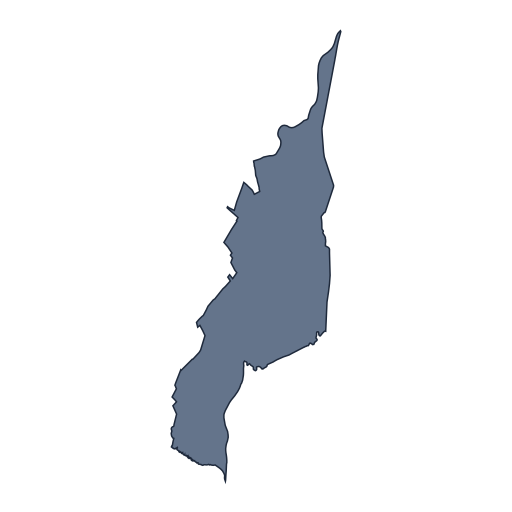 Barito Kuala, Kalimantan Selatan, Indonesia
{"feature_id": "22746128B88870484763637", "entity_name": "Barito Kuala", "entity_type": "district", "adm_level": 2, "iso_a3": "IDN", "parent_name": "Indonesia", "parent_adm1": "Kalimantan Selatan", "projection": "equal_earth", "projection_center": [114.538, -3.03], "detail": "fine", "context": "isolated", "style": "filled", "palette": "slate", "viewbox_px": 512, "rotation_deg": 0, "n_neighbors": 0, "source": "geoboundaries", "source_scale": "gbopen_adm2", "svg_char_len": 5971}
<svg xmlns="http://www.w3.org/2000/svg" viewBox="0 0 512 512"><path d="M225.3,410.6L229.5,402.6L231.2,400.1L234.7,395.8L237.6,391.6L239.4,388.3L240.3,386.0L240.8,384.2L241.4,383.5L241.7,382.8L242.6,380.2L243.4,375.2L243.5,373.2L243.5,368.3L243.8,365.7L243.6,364.0L243.6,362.8L243.7,362.3L244.5,361.1L245.5,361.7L246.4,361.9L246.8,362.3L247.0,363.0L246.9,364.5L247.1,365.0L247.3,365.3L247.6,365.3L247.9,365.1L249.0,363.9L249.4,363.7L249.8,364.0L250.7,365.1L252.9,366.6L253.1,366.8L253.3,367.3L253.4,369.2L253.6,369.6L255.1,370.6L255.4,370.7L255.7,370.6L256.4,370.0L256.6,369.5L256.7,369.1L256.6,368.0L256.5,367.4L256.6,367.0L257.0,366.8L258.2,366.5L259.0,366.5L259.6,366.7L260.5,367.2L261.1,367.9L261.7,368.8L262.3,368.9L262.5,368.7L262.9,369.0L264.5,367.8L266.1,367.0L266.8,366.3L267.3,364.8L267.7,364.4L273.5,361.8L274.0,361.4L277.0,359.7L283.6,356.8L289.0,355.0L292.1,353.3L304.1,347.1L304.4,347.1L305.1,346.6L305.5,346.5L306.2,346.3L306.7,345.9L307.1,345.8L308.4,345.6L309.5,343.5L309.8,343.2L310.1,343.1L310.7,343.2L310.7,343.4L311.9,343.9L312.2,344.4L312.5,344.6L313.8,344.4L314.1,343.7L314.6,342.4L316.9,340.5L317.0,340.2L317.1,339.5L317.0,339.3L316.0,338.0L316.0,337.8L316.1,337.1L316.6,335.1L316.6,333.0L316.8,332.1L317.5,331.8L318.3,331.9L318.6,332.5L318.9,334.9L319.4,335.6L319.6,335.6L319.7,335.8L320.0,335.9L320.3,335.9L320.5,335.7L322.4,333.3L324.2,331.5L324.9,331.1L325.7,331.3L327.0,302.0L328.5,291.9L329.5,283.6L330.1,275.4L329.5,253.0L329.5,249.2L329.1,248.3L328.4,247.5L325.4,245.8L325.5,242.5L325.7,242.1L325.6,239.6L325.4,239.2L325.4,238.1L325.3,237.3L324.6,235.9L323.4,234.0L322.8,232.7L322.9,232.1L323.3,231.5L323.3,231.2L323.2,230.8L322.1,229.2L321.9,228.5L321.8,223.0L321.6,220.1L321.4,218.9L321.2,217.4L321.3,216.4L321.4,216.1L324.1,212.7L324.9,212.5L325.4,211.6L333.5,187.0L333.6,185.3L324.3,157.0L323.6,152.2L322.1,133.0L321.9,128.3L334.8,60.1L335.1,58.2L335.5,56.2L336.8,48.6L337.5,44.8L338.3,41.1L340.8,31.6L340.4,30.7L338.8,32.3L337.9,33.4L337.4,34.3L336.5,36.3L334.3,43.7L333.0,46.6L332.3,47.7L330.8,49.5L328.0,52.2L323.4,55.5L322.6,56.3L321.2,58.1L320.8,59.0L320.0,60.6L319.0,63.4L318.5,65.6L317.8,74.7L317.8,78.6L318.4,87.4L318.4,88.9L318.2,91.9L317.4,97.3L316.7,100.5L316.1,101.9L315.3,103.3L314.6,104.4L312.7,106.2L311.7,107.4L311.0,108.5L310.5,109.6L308.7,115.2L308.1,118.5L307.1,119.5L306.4,119.8L304.0,120.6L301.6,122.7L299.1,124.5L294.9,126.9L293.3,127.5L291.5,127.7L289.8,127.4L288.9,127.0L286.9,125.8L286.1,125.6L284.4,125.3L282.9,125.5L281.8,126.0L280.8,126.8L279.6,128.3L278.8,129.7L278.4,131.0L277.9,133.1L277.9,134.2L278.0,135.1L278.3,136.2L280.3,139.6L280.6,140.3L280.8,141.3L280.9,142.4L280.8,144.0L280.5,145.9L279.7,147.9L278.7,149.6L276.5,153.3L275.9,154.1L275.1,154.7L273.3,155.5L271.8,155.7L269.5,155.8L263.5,157.1L260.4,158.8L258.7,159.4L253.6,161.0L253.7,162.2L254.1,163.5L254.1,164.1L254.3,166.2L254.6,166.9L255.3,170.4L255.7,175.3L256.1,176.5L256.8,178.1L257.1,179.3L257.6,182.0L258.3,184.4L259.1,187.4L259.2,189.2L259.6,190.8L259.7,191.5L254.3,194.3L253.5,192.5L252.1,190.0L248.1,186.3L246.7,184.8L243.8,182.4L241.8,188.2L236.7,201.9L234.3,210.4L229.0,207.8L227.6,206.7L227.1,207.8L229.7,210.2L238.0,217.5L236.4,220.6L236.9,221.2L231.5,229.5L223.9,242.4L228.0,247.1L231.9,253.0L230.4,255.2L232.5,258.0L230.9,262.5L234.8,270.1L236.8,272.7L232.7,278.6L229.6,274.7L227.8,277.1L230.3,281.0L225.5,286.4L222.9,288.8L215.6,297.9L215.2,298.6L213.2,300.0L208.0,306.2L206.3,309.9L203.3,315.5L202.3,316.2L199.6,318.8L198.6,319.9L196.5,322.4L197.7,327.2L199.9,325.4L202.7,330.6L205.0,335.6L200.6,350.1L199.1,352.5L192.8,359.3L192.3,359.2L181.0,370.5L180.7,370.0L175.7,382.9L174.9,385.2L175.3,386.0L176.4,388.8L172.1,397.0L174.8,399.8L176.5,401.8L172.9,405.8L176.6,414.1L174.0,424.7L173.9,425.9L173.7,426.2L173.2,426.6L172.5,426.8L171.8,427.4L171.6,427.7L171.3,428.5L171.3,429.2L171.6,430.2L171.8,430.9L171.7,431.7L171.4,432.7L171.2,433.4L171.3,434.3L171.6,435.9L172.1,436.9L172.7,437.6L172.7,437.8L173.2,438.3L173.8,438.4L173.0,441.7L172.4,445.2L172.0,445.5L171.9,445.7L172.0,446.1L171.7,446.4L171.4,446.9L172.5,447.8L172.9,448.1L173.1,448.1L173.4,448.5L173.6,448.4L174.6,448.9L175.4,448.7L175.5,448.5L175.9,448.7L176.6,447.9L177.3,447.4L177.4,447.7L177.1,448.3L177.0,449.0L177.1,449.7L177.6,450.1L178.7,450.8L179.0,451.1L179.3,451.1L179.6,451.3L178.9,451.5L179.1,451.9L179.8,452.3L180.0,452.2L180.2,452.3L180.4,452.2L180.5,452.0L181.0,452.3L181.7,452.6L181.8,452.7L181.5,453.0L181.5,453.3L182.1,453.6L182.4,453.5L182.7,453.0L182.8,453.6L183.6,454.7L184.1,455.0L184.5,455.1L184.8,454.5L184.9,455.1L185.1,455.4L185.5,455.7L185.9,455.7L186.6,455.4L186.7,455.5L186.6,456.0L186.9,456.3L187.1,456.0L187.3,456.2L187.9,455.8L187.9,456.0L187.6,456.3L187.5,456.8L187.7,457.2L188.2,457.9L189.1,458.5L189.3,458.4L189.5,458.2L188.4,456.8L188.4,456.4L188.5,456.4L188.6,456.6L189.2,457.3L190.2,457.6L189.8,458.0L189.8,458.3L190.7,458.7L190.8,458.5L190.8,458.0L190.8,457.9L191.0,458.3L191.5,458.8L191.9,459.1L192.0,459.3L192.2,459.5L192.4,459.6L193.7,460.7L194.2,460.9L194.6,460.7L194.7,461.0L194.9,461.4L196.0,462.2L196.3,462.2L196.6,462.5L196.9,462.6L196.9,462.9L197.4,462.9L197.9,462.7L198.0,462.7L198.0,463.0L198.1,463.5L198.5,464.1L199.0,464.2L199.6,464.2L200.4,464.5L201.1,464.5L201.7,465.0L202.8,465.3L203.3,465.1L204.1,464.7L206.7,464.9L207.9,464.7L208.5,464.4L209.2,464.7L209.4,464.9L209.7,464.7L210.1,464.8L210.5,464.6L211.1,465.0L213.2,465.3L215.2,465.0L219.6,468.1L221.0,469.3L222.6,471.0L224.1,473.7L224.8,476.1L224.6,476.4L224.5,477.7L224.6,479.0L225.4,481.3L225.6,480.2L225.9,474.8L226.2,470.9L226.5,464.0L226.8,462.6L226.8,460.2L226.6,457.3L226.3,455.0L225.9,452.6L225.7,450.5L225.7,448.3L226.1,445.4L226.6,443.2L227.4,441.1L228.2,437.3L228.1,434.9L227.6,431.5L225.4,425.8L225.1,424.7L223.9,417.8L223.9,414.9L224.1,413.8L224.6,412.4L225.3,410.6ZM192.5,460.9L193.0,460.9L192.5,460.1L192.1,459.8L191.6,459.4L191.4,459.4L191.2,459.6L191.2,459.8L191.5,460.3L192.5,460.9Z" fill="#64748b" stroke="#1e293b" stroke-width="1.5"/></svg>